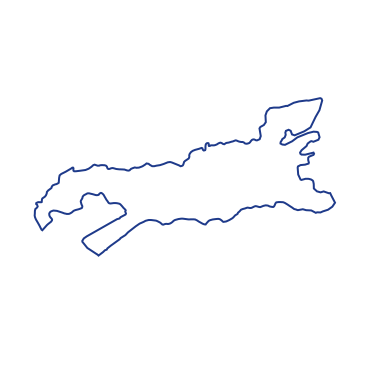 San José El Ídolo, Suchitepéquez, Guatemala (Robinson projection), rotated 68°
{"feature_id": "79465075B37305924039286", "entity_name": "San José El Ídolo", "entity_type": "district", "adm_level": 2, "iso_a3": "GTM", "parent_name": "Guatemala", "parent_adm1": "Suchitepéquez", "projection": "robinson", "projection_center": [-91.439, 14.373], "detail": "fine", "context": "isolated", "style": "outline", "palette": "blue", "viewbox_px": 384, "rotation_deg": 68, "n_neighbors": 0, "source": "geoboundaries", "source_scale": "gbopen_adm2", "svg_char_len": 6075}
<svg xmlns="http://www.w3.org/2000/svg" viewBox="0 0 384 384"><g transform="rotate(68 192 192)"><path d="M255.5,63.4L247.0,64.2L244.8,64.3L244.4,65.6L240.8,69.7L240.5,72.9L238.2,75.9L234.4,77.7L230.1,76.1L227.3,75.6L226.4,75.9L224.9,77.0L223.5,78.9L222.3,81.7L221.8,86.0L221.1,86.7L215.6,87.0L209.0,84.9L208.0,84.2L207.7,81.3L209.0,76.9L209.3,73.3L208.5,72.6L205.9,72.3L203.8,71.4L203.1,70.2L203.1,65.5L202.3,64.5L201.0,64.6L199.8,73.1L198.3,76.5L197.1,77.2L195.9,77.0L194.3,74.7L192.3,68.6L190.4,66.6L189.5,63.2L189.6,62.2L190.9,60.6L190.9,55.2L189.0,53.2L184.1,52.7L183.1,53.6L181.6,56.7L180.8,62.4L180.8,73.8L182.5,80.2L183.1,88.1L181.8,90.5L180.2,91.8L179.0,91.2L177.6,89.3L176.8,88.5L176.1,85.6L174.1,83.7L171.9,83.2L170.5,82.0L170.5,79.1L172.2,77.6L176.1,77.7L177.9,75.6L177.8,65.2L176.5,57.9L168.7,49.3L163.9,43.2L155.9,37.0L154.0,37.0L153.0,38.0L151.0,49.6L150.0,51.6L148.1,58.8L147.4,64.2L148.0,71.3L147.4,72.5L146.4,79.6L144.4,84.5L143.5,88.3L145.3,92.4L148.5,95.2L154.9,97.4L156.8,100.3L157.3,104.2L158.3,105.6L165.9,107.3L168.4,109.5L168.5,112.3L168.1,113.2L166.7,114.5L166.2,115.4L166.1,116.3L166.2,117.0L166.5,117.7L167.0,118.6L167.6,119.5L168.0,120.5L168.0,121.5L167.8,123.1L167.2,124.2L166.8,124.7L165.3,125.5L164.5,126.5L164.2,127.4L163.8,128.1L163.2,129.0L162.6,129.8L161.0,131.4L160.5,132.1L160.4,133.1L160.4,134.4L160.4,135.3L160.2,136.3L160.0,138.6L159.9,139.6L159.4,141.6L159.4,142.3L159.8,144.2L159.1,145.2L157.8,146.1L157.0,147.0L156.8,147.7L156.8,148.9L156.9,149.8L157.2,151.1L157.2,152.9L157.1,153.6L156.9,154.4L155.9,156.7L155.8,157.6L156.0,158.2L155.7,159.0L154.9,159.0L154.0,158.5L152.9,158.5L152.4,159.5L152.4,160.2L152.8,161.1L153.3,161.6L154.7,162.4L157.2,163.4L158.1,164.1L158.1,164.8L157.9,165.6L157.4,165.9L156.7,166.1L155.3,166.0L154.7,166.7L154.6,169.2L154.1,173.4L154.1,176.0L154.7,178.2L155.9,180.0L156.9,180.8L158.2,181.2L158.8,181.6L159.7,182.5L160.6,186.8L161.1,188.0L163.3,189.8L163.9,190.6L164.0,191.2L164.0,191.9L163.8,193.0L162.5,194.0L157.1,199.6L156.1,200.9L155.8,201.8L155.4,203.4L155.4,207.8L155.1,211.6L154.3,215.0L153.9,217.5L153.1,219.3L150.9,221.0L149.6,221.7L149.1,222.5L148.5,223.5L149.0,225.0L149.6,228.2L149.6,230.1L149.5,232.1L148.8,234.3L147.8,235.9L147.7,238.0L147.7,239.8L148.5,241.8L148.4,242.8L147.7,244.1L145.9,246.2L144.8,248.5L143.7,251.0L142.3,253.6L140.9,255.4L140.1,256.5L139.7,258.0L139.7,259.7L139.5,260.6L138.8,261.4L138.0,261.5L136.6,261.4L135.5,261.8L134.5,262.9L133.3,265.5L132.8,267.2L132.8,268.3L132.2,269.7L131.0,271.1L130.2,272.0L130.1,273.4L131.0,275.9L131.7,279.1L131.7,282.5L130.4,287.7L129.3,291.8L128.6,293.5L127.9,293.9L126.9,293.7L126.1,293.2L125.4,293.0L124.8,293.2L124.6,293.9L125.0,295.4L125.9,301.6L126.3,306.5L127.0,308.5L129.1,309.9L133.5,312.1L133.8,313.3L133.9,314.8L133.7,316.0L133.7,318.5L134.4,319.9L135.5,320.7L135.8,321.4L136.7,324.8L137.6,326.5L139.0,327.3L140.4,328.7L141.2,330.1L141.9,333.1L142.5,333.8L145.0,335.1L145.0,335.7L143.8,338.4L143.8,339.5L143.9,340.5L144.7,341.0L145.9,340.4L147.6,340.5L148.3,341.4L148.8,342.6L149.1,343.6L150.6,344.7L153.1,345.8L154.9,346.7L156.5,347.0L158.9,347.0L161.6,346.6L164.5,346.2L167.1,345.9L167.7,345.9L170.6,345.6L171.4,345.1L168.3,338.8L167.8,337.4L166.9,334.3L166.7,333.7L165.9,332.5L165.3,332.1L164.2,332.1L162.4,332.8L161.8,332.9L161.1,333.0L160.3,333.0L159.6,332.8L158.8,332.6L158.0,331.9L157.3,330.7L157.2,329.9L157.2,328.3L157.3,327.4L157.7,326.6L158.9,324.3L162.6,319.9L164.0,318.4L165.0,316.9L165.4,316.4L165.7,315.6L166.2,314.3L166.2,313.0L166.0,311.6L165.8,310.7L165.3,309.4L165.1,308.5L165.1,306.8L165.5,303.8L165.6,302.6L165.6,300.6L165.5,300.0L164.7,299.3L164.0,299.0L163.4,299.0L162.1,299.1L160.4,298.9L159.5,298.8L158.9,298.6L158.4,298.2L157.4,296.9L156.8,296.1L155.4,295.1L154.9,294.3L154.6,293.6L154.4,292.6L154.4,291.9L154.1,289.6L154.3,288.9L154.7,287.9L156.9,284.8L158.4,282.9L158.9,282.2L159.3,281.4L159.6,280.3L159.6,279.5L159.0,278.6L158.8,278.0L158.7,276.8L159.1,276.2L159.6,275.9L160.5,275.4L161.6,275.0L164.0,274.7L165.2,274.5L166.9,274.3L169.2,273.7L170.5,273.5L171.3,273.1L171.9,272.3L172.2,271.6L172.9,268.9L173.4,267.5L174.2,265.9L174.9,264.8L175.8,263.6L176.7,263.0L178.8,262.2L181.3,261.4L182.3,260.9L184.1,260.3L185.1,261.2L187.3,261.3L188.0,262.1L188.6,267.8L189.4,269.2L189.1,271.7L193.7,306.2L194.5,309.7L196.2,312.0L197.1,312.3L204.7,310.0L215.1,302.8L215.9,302.5L214.4,297.0L213.4,294.5L213.5,292.7L212.6,291.6L211.3,287.3L208.7,276.7L208.0,275.5L207.0,269.9L205.4,266.4L202.7,256.9L201.7,252.4L201.6,248.8L201.5,247.3L201.3,245.9L201.6,243.5L201.8,242.4L202.5,240.7L203.2,239.4L204.7,236.7L205.2,235.9L205.9,235.2L206.9,234.3L208.2,233.2L208.8,232.8L211.0,231.7L211.5,230.9L211.6,228.9L211.8,228.0L212.1,227.3L212.6,226.4L212.9,225.4L212.9,224.8L213.0,223.9L212.8,222.7L212.5,221.5L211.8,219.8L211.7,219.0L211.6,218.3L211.7,217.3L212.0,214.7L212.7,211.9L213.4,210.3L216.0,205.7L216.6,204.2L217.0,203.1L217.9,200.8L218.7,199.3L219.4,198.7L220.3,197.9L221.8,196.9L225.3,194.1L226.1,193.3L226.8,192.4L227.2,191.5L226.7,190.8L225.7,188.8L225.1,187.5L224.9,186.5L224.9,185.8L225.2,183.2L225.7,181.2L226.4,178.7L226.8,177.6L227.4,176.7L228.0,176.1L228.6,175.7L229.6,175.1L231.0,174.5L231.5,174.0L231.9,172.3L232.1,171.4L232.1,170.6L232.0,168.3L231.9,167.4L231.5,164.7L231.3,163.9L230.9,162.9L229.9,160.9L229.7,160.1L229.6,159.1L229.3,157.9L228.8,157.5L228.4,157.0L227.9,155.5L227.5,154.6L227.1,153.8L226.8,153.2L226.8,152.2L226.8,151.3L227.1,149.0L227.2,146.6L227.6,145.8L228.6,144.2L228.9,143.4L229.0,142.3L228.8,140.0L228.8,139.2L228.9,138.4L229.4,137.5L230.8,135.7L231.3,135.0L231.6,134.3L231.6,133.5L231.6,131.1L231.7,130.3L232.0,128.6L232.8,127.1L233.4,126.3L234.3,125.6L234.9,124.8L235.6,123.7L236.3,122.4L236.1,121.3L234.8,119.8L233.8,118.9L233.2,117.7L233.8,115.4L234.5,113.7L235.2,112.2L235.5,111.5L236.0,110.9L236.9,110.0L239.3,108.2L241.8,106.5L243.9,105.0L246.0,103.7L246.4,103.2L247.3,102.0L248.0,101.3L248.5,100.6L249.5,95.7L251.6,93.0L253.8,88.3L257.7,85.0L257.7,83.6L259.1,80.5L259.0,78.0L259.4,72.5L258.2,67.4L255.5,63.4Z" fill="none" stroke="#1e3a8a" stroke-width="2"/></g></svg>